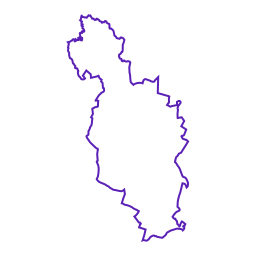 Chalán, Sucre, Colombia
{"feature_id": "7082276B25475067985173", "entity_name": "Chalán", "entity_type": "district", "adm_level": 2, "iso_a3": "COL", "parent_name": "Colombia", "parent_adm1": "Sucre", "projection": "robinson", "projection_center": [-75.337, 9.572], "detail": "fine", "context": "isolated", "style": "outline", "palette": "violet", "viewbox_px": 256, "rotation_deg": 0, "n_neighbors": 0, "source": "geoboundaries", "source_scale": "gbopen_adm2", "svg_char_len": 5631}
<svg xmlns="http://www.w3.org/2000/svg" viewBox="0 0 256 256"><path d="M67.9,42.2L68.8,43.7L68.8,44.5L68.3,45.7L68.3,46.7L68.0,47.3L68.4,48.1L68.4,48.5L68.2,48.8L68.1,49.4L68.1,50.8L68.2,51.3L69.0,52.5L69.2,53.3L69.1,54.6L69.3,55.9L69.8,57.8L70.0,58.2L70.6,58.5L71.2,58.6L71.8,59.3L72.4,60.4L72.8,62.7L73.1,63.5L73.9,64.0L74.3,64.7L74.5,65.3L75.3,66.0L75.3,66.6L75.0,67.3L75.1,67.9L76.1,68.3L76.9,68.3L77.4,68.7L77.8,70.4L78.3,71.1L77.9,72.1L78.0,73.6L78.4,75.1L79.0,76.3L80.0,77.1L80.6,77.9L81.0,78.7L81.5,79.2L82.4,79.4L83.6,79.4L85.0,78.5L83.9,76.8L82.9,75.7L86.3,70.5L90.7,74.3L91.0,77.8L96.3,76.6L98.5,75.8L98.7,76.0L98.9,76.9L99.7,78.3L100.4,79.0L101.6,79.6L101.1,81.5L102.5,82.8L103.0,88.0L103.4,88.2L103.8,88.2L103.9,88.4L104.1,89.9L104.1,90.8L103.8,91.3L103.3,91.8L101.1,93.0L100.9,93.4L100.0,94.3L99.0,95.1L95.7,100.3L95.7,100.6L96.8,100.5L98.2,100.8L97.9,106.4L97.6,106.7L96.2,106.9L94.9,107.3L92.3,108.7L92.9,113.8L92.7,114.4L91.1,117.3L92.4,118.3L92.2,119.5L91.8,123.6L91.3,125.5L90.1,127.3L89.5,129.4L88.5,131.1L88.4,134.6L88.1,135.0L86.7,135.9L86.5,136.3L86.9,137.6L90.1,142.3L91.6,143.8L96.0,148.0L96.8,148.5L97.4,148.6L97.8,148.9L97.9,149.5L97.3,153.0L97.2,154.7L97.7,160.8L96.8,161.4L96.8,162.0L98.2,165.3L98.6,167.5L98.7,169.4L98.4,173.6L97.8,176.8L96.7,179.1L97.0,179.7L98.3,181.2L99.5,182.1L105.0,184.4L107.1,185.8L108.5,186.4L110.0,187.8L111.1,188.4L113.2,189.7L115.1,190.0L119.9,191.1L121.3,191.2L122.8,190.7L124.2,189.6L124.9,194.2L123.4,198.0L121.8,203.3L122.6,203.5L124.7,204.7L126.7,205.1L129.0,205.8L131.7,207.1L134.3,208.9L135.6,209.4L138.8,211.1L138.5,211.9L138.0,212.8L136.1,215.2L135.1,216.1L134.4,216.5L138.8,222.4L139.1,222.6L140.0,222.6L140.8,223.6L140.8,223.8L140.1,224.4L139.1,227.4L145.6,229.5L144.3,235.1L142.7,240.2L143.1,240.0L146.1,240.6L146.8,240.6L147.5,240.3L149.3,238.6L150.1,237.4L150.9,236.7L151.9,236.1L153.0,235.6L153.8,235.5L154.3,235.6L154.8,236.1L156.2,236.1L157.0,236.8L162.1,237.8L162.5,237.7L165.7,235.0L166.6,233.2L167.2,232.5L170.6,230.6L176.7,228.7L178.4,228.6L179.0,228.7L179.0,228.9L180.3,228.9L182.2,229.5L182.7,230.2L182.9,229.8L183.4,229.8L184.3,228.4L184.3,227.7L184.1,227.3L183.2,226.5L183.6,225.8L184.4,226.0L185.3,224.1L183.6,222.6L181.9,221.5L180.8,223.2L180.0,225.7L179.6,226.3L179.3,226.2L178.6,225.5L178.2,224.6L177.3,224.0L177.0,221.3L176.0,220.2L175.6,219.5L175.5,219.0L175.2,218.7L174.6,218.9L174.3,218.7L173.1,217.6L172.6,216.8L174.1,214.5L176.0,212.3L176.7,211.8L179.0,210.8L179.6,210.1L179.7,209.5L179.1,208.3L177.5,206.8L177.7,202.4L177.9,200.7L179.0,196.1L180.3,192.3L182.5,183.3L184.5,183.8L184.9,184.0L185.4,184.5L186.6,187.5L187.5,186.6L187.9,185.3L188.0,184.2L187.9,182.4L186.4,179.0L185.7,178.1L185.0,177.5L183.1,176.8L182.8,176.6L182.0,174.9L179.8,169.0L179.3,168.0L178.6,166.9L177.4,165.3L176.5,163.7L175.6,162.5L175.0,162.2L175.2,160.6L175.4,160.2L175.6,158.8L176.0,157.8L176.5,156.7L177.6,155.9L178.8,153.7L181.0,152.8L188.1,141.5L186.4,139.9L186.0,139.7L185.5,139.8L184.9,139.4L183.0,138.9L182.3,138.0L181.8,136.8L181.5,136.5L181.5,136.2L182.0,135.8L183.3,135.6L183.8,135.3L184.2,134.7L186.2,129.5L181.3,126.3L184.2,121.0L181.7,117.3L177.7,118.0L177.5,115.4L177.6,112.7L178.0,109.7L177.6,108.8L177.6,108.0L178.1,106.3L180.4,103.1L180.6,102.7L180.6,102.1L180.2,101.4L179.7,101.0L179.0,100.9L178.1,101.2L177.0,101.9L177.0,103.7L177.2,104.4L177.2,104.7L176.9,105.1L171.8,106.1L170.4,106.7L167.1,105.0L168.6,102.7L168.8,102.8L169.0,102.5L168.9,98.5L169.3,96.5L169.1,96.3L157.8,93.1L157.8,91.8L158.2,77.1L155.0,80.3L154.4,81.5L153.5,81.8L152.5,81.7L151.2,81.3L149.6,80.5L145.5,79.1L144.6,79.3L143.7,80.1L143.1,81.4L142.6,83.3L141.4,82.9L138.6,82.9L137.1,83.1L135.0,83.8L133.8,84.4L133.4,84.8L131.5,83.0L130.9,82.1L130.6,81.3L130.3,78.6L130.1,75.2L129.5,72.4L129.3,67.2L130.2,63.0L130.2,62.3L129.7,61.7L128.3,61.2L127.7,61.2L126.9,61.5L125.8,61.5L124.6,61.0L124.2,60.5L123.5,60.6L123.1,61.0L123.0,60.8L122.5,61.0L121.8,60.9L121.6,60.6L121.6,59.3L121.1,58.8L120.0,58.6L119.3,57.6L119.3,56.7L119.0,56.3L119.1,55.6L119.0,54.9L119.1,54.7L120.8,53.6L121.1,52.8L121.7,51.9L122.3,51.9L122.4,51.7L122.8,49.4L122.7,48.6L122.8,46.8L122.7,45.4L122.9,44.4L123.3,43.8L123.6,42.6L123.9,41.7L124.4,39.9L123.4,38.5L122.9,38.0L121.5,37.5L120.7,37.5L120.4,38.3L119.6,38.5L119.3,38.8L118.7,38.5L117.6,38.4L116.6,38.0L116.0,36.8L115.4,36.2L114.6,35.8L114.4,35.5L114.2,34.0L113.4,30.7L111.4,28.7L110.1,28.7L109.7,28.5L109.7,28.2L109.7,27.6L109.3,27.1L109.6,25.8L109.2,24.0L107.9,23.5L106.7,22.7L106.4,21.6L106.3,21.4L105.1,21.0L104.0,22.3L103.0,22.1L102.3,22.6L102.0,22.7L101.5,21.7L99.9,21.3L99.4,20.8L99.0,19.9L97.6,19.0L96.5,18.7L96.4,18.8L96.4,19.6L95.0,20.0L94.6,19.9L93.5,18.6L92.6,18.7L92.2,18.7L90.4,15.6L90.2,15.4L89.2,15.8L88.5,15.4L87.7,16.5L87.3,16.8L86.9,17.6L86.7,17.7L85.9,17.4L84.8,17.5L83.9,17.1L82.6,17.0L81.8,15.8L81.6,15.7L81.4,16.0L80.9,18.9L80.6,20.1L80.2,20.3L81.0,21.2L81.7,21.3L82.0,21.6L81.9,22.0L81.5,22.8L81.4,23.5L81.5,23.7L82.5,24.3L81.5,25.1L81.5,25.7L81.9,26.0L82.7,26.2L83.0,26.4L82.9,26.7L82.4,27.5L82.4,28.2L82.6,28.5L83.7,29.1L84.3,30.9L84.2,31.4L83.7,31.8L82.8,31.1L82.3,31.1L81.9,31.6L82.0,32.8L81.9,33.0L81.6,33.0L80.8,32.7L80.0,33.0L79.8,33.3L80.1,34.4L80.1,36.4L80.8,37.1L81.8,37.6L82.1,37.9L82.2,38.6L82.1,39.8L81.9,40.3L81.1,40.3L80.6,40.1L80.3,39.7L80.1,39.0L80.2,38.7L80.9,38.3L80.9,38.1L80.0,37.5L78.9,37.6L78.2,38.0L78.3,38.4L79.1,39.2L79.0,39.7L78.5,40.1L77.8,40.1L77.1,39.9L76.5,40.5L76.1,40.5L75.9,39.6L75.6,39.2L75.3,39.5L75.5,40.3L75.4,41.0L75.2,41.2L74.9,41.4L74.6,41.1L74.5,40.2L74.1,39.4L73.3,39.2L72.5,39.7L72.3,40.3L72.0,40.6L70.9,41.0L69.6,41.9L67.9,42.2Z" fill="none" stroke="#5b21b6" stroke-width="2"/></svg>